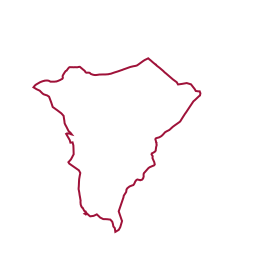 Kepahiang, Bengkulu, Indonesia, rotated 240°
{"feature_id": "22746128B30869437307727", "entity_name": "Kepahiang", "entity_type": "district", "adm_level": 2, "iso_a3": "IDN", "parent_name": "Indonesia", "parent_adm1": "Bengkulu", "projection": "natural_earth1", "projection_center": [102.62, -3.648], "detail": "fine", "context": "isolated", "style": "outline", "palette": "rose", "viewbox_px": 256, "rotation_deg": 240, "n_neighbors": 0, "source": "geoboundaries", "source_scale": "gbopen_adm2", "svg_char_len": 4938}
<svg xmlns="http://www.w3.org/2000/svg" viewBox="0 0 256 256"><g transform="rotate(240 128 128)"><path d="M121.9,208.1L122.9,208.2L123.9,208.4L124.6,207.2L126.2,205.2L128.6,205.2L130.6,204.9L134.3,204.4L136.0,202.8L136.4,202.4L137.5,201.4L137.6,201.2L139.2,196.8L140.7,193.1L141.3,193.1L142.7,193.1L143.3,193.1L147.6,191.2L156.5,188.1L157.7,187.6L159.9,187.0L164.4,185.4L166.8,184.4L168.1,183.9L168.7,184.0L169.1,183.8L168.8,183.7L172.4,182.4L173.2,182.1L173.9,181.9L176.2,181.1L176.4,180.9L177.9,180.5L178.2,180.4L178.3,179.8L178.3,179.0L178.5,176.4L178.4,174.5L177.8,168.7L177.7,166.9L178.1,165.4L178.8,163.5L179.7,160.5L179.9,159.4L180.8,154.4L181.0,153.6L181.2,151.9L181.3,151.6L182.1,147.4L182.8,144.4L183.1,142.9L183.6,140.2L183.9,139.5L184.0,139.2L184.3,138.3L184.3,138.1L185.0,136.6L185.6,135.4L185.7,135.1L186.4,134.0L186.6,133.6L187.8,131.4L188.5,130.1L188.7,129.7L189.1,128.6L189.4,127.9L189.6,127.4L189.8,127.0L189.8,126.9L190.2,126.2L190.7,125.4L191.6,124.4L191.8,124.2L193.3,122.9L193.9,122.7L194.2,122.6L194.9,122.4L195.3,122.0L195.4,121.9L195.5,121.8L196.0,120.9L196.3,120.4L196.6,119.8L196.7,119.6L197.4,119.2L197.8,119.1L198.5,119.1L199.1,119.1L201.7,118.1L202.6,117.8L203.4,117.5L204.5,117.1L205.0,116.9L205.4,116.3L205.5,115.8L205.7,115.4L205.8,114.9L205.9,114.5L206.2,114.1L206.5,113.5L207.2,112.5L207.6,111.6L208.4,110.3L208.5,110.2L209.5,108.5L209.8,108.1L209.9,107.4L209.8,106.8L209.4,105.8L208.9,104.6L208.8,104.4L208.4,103.5L208.5,102.5L207.7,100.7L207.0,99.5L206.8,99.0L206.1,97.9L205.7,97.4L205.0,97.0L204.5,96.9L204.0,96.5L203.9,96.5L203.7,96.1L203.5,95.9L203.4,95.6L203.5,94.6L203.5,93.3L203.8,90.7L204.0,90.0L204.0,89.5L204.1,89.3L204.2,89.1L204.6,88.2L204.7,87.9L204.8,87.7L205.6,86.3L206.9,84.0L207.8,83.5L208.5,83.0L208.8,82.7L209.5,81.8L210.5,79.9L210.6,79.7L210.7,79.0L210.9,78.6L211.1,77.8L211.4,76.2L211.6,74.7L211.6,72.9L211.6,72.3L211.6,70.4L211.6,70.2L211.4,68.8L211.1,68.0L210.5,66.5L208.5,67.6L208.4,67.6L206.9,68.5L205.1,69.8L204.9,69.9L204.3,70.3L203.7,70.4L200.4,71.3L199.1,72.0L196.7,74.2L196.4,74.4L196.2,74.5L194.9,75.1L194.6,75.3L188.6,74.3L183.8,73.3L181.9,74.2L179.8,75.1L179.4,75.3L179.0,75.5L174.0,77.6L170.7,78.3L169.0,77.6L166.1,76.5L163.8,75.5L163.0,75.4L162.4,75.4L161.9,75.3L160.9,75.3L160.7,75.3L160.4,75.3L155.0,75.0L152.7,75.8L150.5,76.1L151.1,75.5L151.8,75.0L152.3,74.7L152.7,74.4L153.0,73.5L153.8,72.6L153.8,71.5L146.7,71.5L144.1,70.8L143.3,72.8L140.3,72.0L137.6,70.6L132.4,67.8L131.3,66.0L130.7,65.1L129.3,62.8L129.3,62.7L128.7,61.0L128.2,59.3L127.4,59.3L126.6,59.3L123.8,60.6L115.9,64.3L115.4,64.3L112.9,64.2L110.5,62.1L108.1,60.1L105.2,58.2L103.6,57.2L101.9,56.1L100.8,55.3L100.7,55.3L99.9,54.7L97.5,53.9L95.9,53.3L95.2,53.0L94.2,52.6L92.2,51.9L89.0,50.7L88.9,50.7L87.6,49.8L85.2,48.7L84.2,48.6L83.8,48.5L83.7,48.5L83.6,48.4L83.4,48.4L83.2,48.4L82.8,48.4L82.6,48.4L82.3,48.4L82.2,48.4L82.1,48.6L81.9,48.7L81.7,48.8L81.4,48.8L81.1,48.8L80.9,48.8L78.6,48.7L77.7,48.8L77.0,49.5L75.7,49.5L75.5,47.6L74.3,48.4L74.2,48.4L74.3,49.7L73.5,50.0L72.1,50.4L70.4,51.1L69.1,54.3L68.9,56.6L68.8,57.8L66.2,58.6L64.4,59.1L61.5,61.0L59.6,64.1L57.5,66.9L54.7,67.5L52.6,67.0L50.0,66.1L47.9,66.5L44.4,65.1L44.4,69.0L46.0,71.7L49.6,75.5L50.5,76.4L51.0,76.4L57.1,77.6L60.5,78.3L70.2,89.4L71.5,90.5L73.5,94.4L75.5,96.0L76.2,97.4L76.6,100.1L76.2,102.8L75.9,104.1L76.6,105.6L78.1,107.6L78.2,107.9L78.2,108.0L78.3,108.1L78.7,109.2L78.8,109.5L78.7,110.2L78.6,110.6L78.1,111.0L77.8,111.3L77.5,111.7L77.1,112.1L77.0,112.3L76.9,112.3L76.8,112.5L76.6,112.6L76.4,113.5L76.2,114.2L76.3,114.6L76.5,115.0L76.6,115.4L76.7,115.7L76.8,115.7L77.1,116.1L77.4,116.5L77.8,117.0L78.1,117.2L78.3,117.4L79.0,117.7L79.3,117.9L79.6,118.1L80.0,118.3L80.3,118.5L80.6,118.8L80.7,119.0L80.9,119.3L81.0,119.4L81.0,119.5L83.1,125.8L83.1,126.1L83.2,127.5L83.1,127.8L83.1,128.0L82.9,129.6L82.9,129.9L82.6,131.7L82.7,132.1L83.0,132.9L83.2,133.0L83.3,133.0L83.8,133.2L84.0,133.2L84.2,133.3L85.1,133.6L85.5,133.7L86.7,133.8L89.3,134.1L89.6,134.2L89.8,134.2L90.3,134.6L90.9,135.0L91.3,135.3L92.1,135.2L92.8,135.2L93.2,135.2L93.4,135.2L93.7,135.6L94.1,135.9L94.0,136.7L94.0,136.9L94.0,137.1L94.0,137.3L94.0,137.6L94.0,137.9L94.0,138.1L94.0,138.4L94.0,138.6L94.1,139.1L94.1,139.3L94.1,139.9L94.2,140.0L94.4,140.3L94.6,140.5L94.8,140.9L95.3,141.2L95.6,141.4L95.8,141.5L96.1,141.8L96.3,142.0L96.5,142.1L96.8,142.3L97.0,142.5L97.5,142.9L97.6,143.0L97.8,143.2L98.4,143.8L98.5,143.9L98.6,144.0L98.8,144.2L98.9,144.3L99.1,144.4L99.3,144.4L99.4,144.5L99.6,144.6L99.9,144.7L100.0,144.7L100.1,144.8L100.4,144.9L101.1,145.2L101.3,145.2L101.3,145.3L101.5,145.3L102.0,145.4L102.3,145.5L104.6,146.1L105.1,146.8L104.9,148.2L104.6,149.2L104.3,150.5L104.3,152.9L104.8,155.0L105.8,158.0L105.8,160.3L105.7,161.2L105.7,162.1L105.6,162.7L106.6,167.2L106.9,169.8L107.4,175.4L107.6,176.5L110.1,181.2L111.9,184.7L112.4,185.9L114.9,190.9L118.4,198.0L118.7,199.7L120.0,205.2L120.2,206.6L121.9,208.1Z" fill="none" stroke="#9f1239" stroke-width="2"/></g></svg>